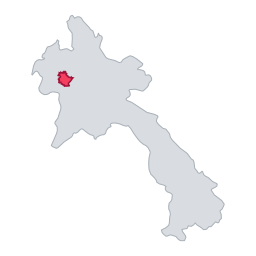 Hoon, Oudômxai, Laos shown in context
{"feature_id": "54806243B15680017307326", "entity_name": "Hoon", "entity_type": "district", "adm_level": 2, "iso_a3": "LAO", "parent_name": "Laos", "parent_adm1": "Oudômxai", "projection": "albers", "projection_center": [101.419, 20.096], "detail": "fine", "context": "in_parent", "style": "filled", "palette": "rose", "viewbox_px": 256, "rotation_deg": 0, "n_neighbors": 0, "source": "geoboundaries", "source_scale": "gbopen_adm2", "svg_char_len": 5932}
<svg xmlns="http://www.w3.org/2000/svg" viewBox="0 0 256 256"><path d="M81.6,18.4L83.0,20.9L89.4,27.7L90.5,29.5L92.9,30.9L94.9,37.0L95.7,37.3L96.8,36.9L97.6,36.0L98.2,33.7L98.6,33.4L99.4,35.4L101.2,35.9L102.0,36.8L102.2,38.2L102.0,39.7L100.5,43.2L99.6,47.8L106.0,57.6L108.6,59.0L114.9,60.5L119.2,62.6L121.2,62.1L123.0,59.6L125.3,58.2L129.4,56.0L130.7,55.9L133.0,56.7L136.9,59.1L142.7,63.6L142.6,64.8L141.5,66.1L138.5,67.9L137.5,69.1L138.1,69.6L140.7,69.8L143.7,70.8L144.7,72.0L145.3,74.7L145.8,75.2L148.6,74.9L149.5,75.2L150.6,76.1L151.6,78.4L151.6,80.1L148.9,83.2L148.6,85.0L147.2,87.2L143.4,90.8L142.3,91.1L135.1,89.2L129.5,89.6L129.0,90.3L130.0,92.5L130.3,94.7L129.5,96.3L126.2,98.5L126.1,99.4L126.8,100.4L131.6,102.3L147.0,112.4L154.0,114.2L157.1,115.5L157.9,116.2L157.9,117.1L157.1,118.3L156.5,120.3L156.5,121.5L157.2,122.7L158.5,124.4L162.9,128.3L166.0,129.2L169.4,133.6L170.5,137.5L172.2,140.0L180.4,148.4L187.2,153.4L191.3,159.0L193.3,160.2L194.0,162.2L194.7,168.2L197.1,171.1L197.6,172.3L198.6,173.1L199.7,173.3L202.0,171.3L202.5,171.5L203.7,174.6L204.7,175.7L208.3,177.6L212.2,181.2L214.3,182.5L216.8,183.5L217.2,184.7L216.8,186.0L216.0,186.8L211.7,189.1L211.2,190.1L214.3,194.9L221.8,200.6L224.2,204.1L223.7,205.8L221.9,209.4L220.4,210.4L220.0,211.5L221.2,214.3L221.3,218.7L219.9,219.8L218.7,222.6L217.8,222.8L215.5,221.9L211.0,226.7L208.9,226.6L206.6,229.2L203.6,229.7L201.4,227.8L196.8,224.8L195.2,223.0L193.8,224.7L191.5,226.3L188.2,225.9L187.3,228.2L186.7,228.6L182.6,229.2L181.9,229.6L182.6,231.7L185.1,235.2L185.9,237.2L184.5,240.6L180.3,240.6L178.3,239.3L175.9,236.5L170.5,234.8L166.9,236.2L165.8,236.1L163.1,233.8L162.0,232.3L161.4,230.0L165.4,228.0L167.5,226.5L168.8,225.0L169.3,223.3L169.8,216.7L170.4,214.3L169.9,211.4L168.8,209.2L168.7,205.8L169.2,203.0L170.7,201.6L171.8,199.6L172.3,195.1L171.8,194.0L170.2,192.9L167.6,192.0L166.0,190.7L165.3,189.1L165.3,187.7L166.1,186.5L164.1,185.2L159.4,183.9L156.8,182.2L156.2,180.1L154.2,177.5L150.8,174.2L149.0,169.4L148.7,163.2L149.0,158.1L150.3,152.1L148.3,147.9L146.1,145.7L143.1,144.1L140.3,141.8L137.6,138.7L134.3,134.2L130.5,128.2L128.0,125.5L126.7,126.2L124.0,125.7L119.9,124.0L116.3,123.1L113.3,123.0L111.3,123.4L110.4,124.3L110.3,125.2L111.1,126.1L110.7,126.8L109.1,127.4L107.8,128.4L106.4,130.6L105.4,133.5L103.9,134.7L101.6,134.9L99.3,135.8L97.0,137.2L96.0,138.3L96.1,139.0L95.6,139.2L94.5,138.8L94.0,137.8L94.0,136.3L92.8,135.3L90.5,134.8L87.8,133.2L82.6,129.0L81.4,128.9L79.8,130.0L77.6,132.3L75.8,133.2L74.3,132.8L73.2,133.6L72.5,135.7L71.0,137.4L64.1,141.9L57.9,147.7L56.3,148.3L52.5,146.6L51.3,145.5L56.5,133.6L57.3,130.7L57.2,126.9L55.0,123.7L54.9,122.8L55.2,121.8L57.9,118.1L60.9,108.6L60.8,105.6L59.4,102.4L58.7,99.3L59.3,95.1L59.1,93.5L57.7,92.6L53.0,91.8L50.2,92.5L49.0,93.6L47.4,94.3L44.4,94.7L41.6,93.3L39.3,90.8L38.8,87.9L41.7,81.5L42.4,79.1L42.4,77.9L41.9,76.7L41.2,76.5L39.7,75.0L38.3,72.4L36.9,71.2L35.6,71.4L34.4,72.4L32.4,74.9L31.8,74.5L33.6,65.8L35.3,62.0L37.2,60.3L39.2,59.6L41.3,59.9L43.1,59.6L44.5,58.7L44.4,58.1L42.7,58.0L42.0,57.0L42.4,55.1L43.2,53.9L44.3,53.4L45.5,51.5L46.6,48.3L47.9,46.7L49.4,46.6L52.1,45.3L55.9,42.6L57.3,39.9L58.8,41.1L58.2,44.2L59.0,44.8L59.3,45.9L59.1,47.6L59.4,49.0L60.0,49.7L60.9,50.1L64.9,48.9L67.3,48.8L71.3,51.0L73.7,49.3L73.7,48.7L71.8,46.6L72.3,38.9L72.1,33.1L68.8,28.8L68.1,27.0L67.8,24.2L66.8,21.8L69.2,19.8L70.4,16.2L72.1,15.4L72.6,15.5L74.6,18.2L77.2,16.8L79.1,16.8L80.7,17.5L81.6,18.4Z" fill="#d9dde1" stroke="#a8b0b8" stroke-width="1"/><path d="M65.3,71.8L65.2,71.8L64.9,71.9L64.7,71.9L64.5,72.0L64.5,71.9L64.4,72.0L64.2,72.1L63.9,72.2L63.9,72.3L63.8,72.2L63.8,72.3L63.8,72.2L63.7,72.2L63.6,72.3L63.4,72.4L63.4,72.5L63.4,72.4L63.2,72.4L63.3,72.5L63.2,72.5L63.2,72.4L63.2,72.5L63.3,72.5L63.2,72.6L63.1,72.4L63.0,72.5L63.0,72.4L62.9,72.4L62.9,72.5L62.8,72.4L62.7,72.4L62.7,72.5L62.4,72.5L62.2,72.5L61.9,72.6L61.7,72.5L61.8,72.6L61.7,72.7L61.5,72.8L61.3,72.7L61.2,72.8L60.7,73.0L60.5,72.8L60.4,72.8L60.2,72.8L60.2,72.7L60.1,72.8L59.9,72.9L59.7,72.8L59.4,72.9L59.3,73.0L59.2,73.1L59.3,73.3L59.3,73.2L59.4,73.3L59.5,73.8L59.5,74.1L59.2,74.3L58.8,74.5L58.7,74.5L58.5,75.0L58.2,75.2L58.1,75.3L58.2,75.6L58.4,75.7L58.9,75.6L59.0,75.5L59.2,75.4L59.4,75.5L59.7,75.5L59.9,75.6L60.0,75.7L60.1,75.8L60.2,76.2L60.3,76.4L60.4,76.6L60.5,76.7L60.5,76.8L60.4,77.0L60.2,77.1L60.0,77.3L59.9,77.5L59.3,78.0L59.2,78.0L59.2,78.3L59.2,78.5L59.1,78.8L58.9,78.9L58.8,79.0L58.8,78.9L58.6,78.9L58.5,79.0L58.4,79.1L58.5,79.2L58.6,79.3L58.8,79.4L59.0,79.5L59.3,79.7L59.4,80.1L59.4,80.3L59.2,80.7L59.1,80.9L59.1,81.1L59.1,81.6L58.8,82.2L58.8,82.4L58.9,82.5L59.0,82.5L59.3,82.6L59.5,82.8L59.8,82.9L60.0,82.8L60.2,82.6L60.4,82.5L60.4,82.4L60.5,82.4L60.8,82.3L60.8,82.5L60.9,82.8L61.0,82.9L61.1,83.0L61.3,83.3L61.4,83.6L61.5,83.7L61.4,83.8L61.4,84.0L61.5,84.0L61.9,84.1L62.1,84.1L62.4,84.3L62.5,84.3L62.6,84.2L62.7,84.3L62.8,84.4L62.8,84.5L62.9,84.8L63.0,84.9L63.1,85.0L63.2,84.9L63.3,84.9L63.5,84.8L64.1,85.1L64.3,85.1L64.4,85.5L64.5,85.7L64.5,86.0L64.8,85.9L65.0,85.9L65.0,86.0L65.3,85.9L65.5,85.9L65.7,86.0L65.9,86.0L66.3,86.1L66.6,85.9L66.8,85.9L67.1,85.9L67.3,85.9L67.6,86.0L67.8,86.0L68.2,86.0L68.5,85.8L68.8,85.8L69.0,85.8L69.3,85.7L69.3,85.4L69.2,85.3L68.9,85.3L68.8,85.2L68.6,84.9L68.5,84.5L68.5,84.1L68.5,83.6L68.6,83.2L69.0,82.6L69.9,81.7L70.2,81.5L70.3,81.4L70.6,81.0L70.9,80.5L71.1,80.2L71.6,79.7L71.7,79.4L71.9,79.1L72.1,78.8L72.5,78.4L72.7,78.1L72.8,78.0L72.7,78.0L72.7,77.9L72.5,77.7L72.4,77.7L72.2,77.7L71.9,77.7L71.8,77.8L71.7,77.8L71.6,78.0L71.5,77.9L71.4,77.9L71.2,77.8L71.3,77.9L71.1,77.8L71.1,77.7L71.1,77.4L71.0,77.5L70.8,77.7L70.7,77.6L70.3,77.6L70.2,77.4L69.8,77.2L69.5,77.2L69.2,77.2L68.9,77.2L68.5,77.0L68.2,76.8L68.0,76.7L67.9,76.5L68.0,76.2L67.8,76.1L67.6,76.0L67.5,75.9L67.0,75.7L66.9,75.6L66.6,75.0L66.4,74.9L66.2,74.7L66.0,74.3L66.1,74.2L66.3,73.9L66.5,73.8L66.7,73.7L66.4,73.3L66.1,73.1L65.4,72.7L65.1,72.5L65.1,72.4L65.1,72.2L65.3,71.8Z" fill="#f43f5e" stroke="#9f1239" stroke-width="1.5"/></svg>